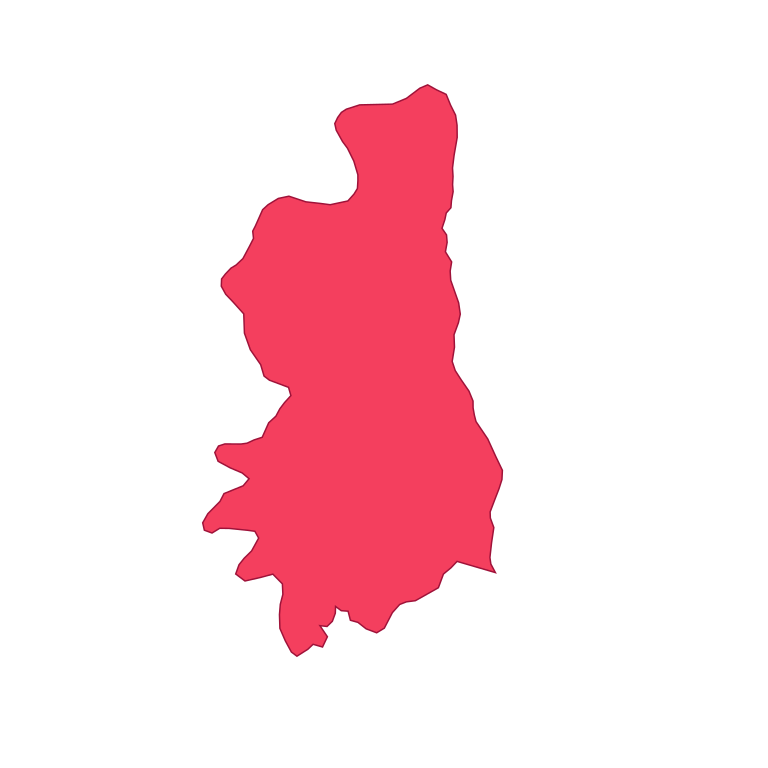 Foz do Jordão, Paraná, Brazil, rotated 125°
{"feature_id": "56859067B25360435846322", "entity_name": "Foz do Jordão", "entity_type": "district", "adm_level": 2, "iso_a3": "BRA", "parent_name": "Brazil", "parent_adm1": "Paraná", "projection": "robinson", "projection_center": [-52.087, -25.692], "detail": "fine", "context": "isolated", "style": "filled", "palette": "rose", "viewbox_px": 768, "rotation_deg": 125, "n_neighbors": 0, "source": "geoboundaries", "source_scale": "gbopen_adm2", "svg_char_len": 2103}
<svg xmlns="http://www.w3.org/2000/svg" viewBox="0 0 768 768"><g transform="rotate(125 384 384)"><path d="M111.1,499.2L112.9,509.8L113.9,519.8L121.1,524.3L137.2,529.5L149.9,537.6L169.3,564.0L180.5,572.5L186.0,574.7L192.3,574.8L198.9,573.7L203.5,568.7L209.2,557.0L211.8,549.2L218.7,536.6L227.6,525.4L232.4,522.0L239.1,517.9L245.6,517.5L254.8,518.6L268.0,530.9L272.5,539.5L279.6,552.5L284.7,569.6L292.6,577.0L303.6,581.8L310.8,583.4L328.3,580.0L334.1,579.2L339.6,574.4L348.1,573.2L362.2,571.5L371.4,573.4L376.8,575.8L384.8,577.0L391.1,577.3L397.2,573.4L401.3,565.1L403.3,555.1L407.0,539.1L422.4,527.5L432.6,513.1L438.9,496.1L446.3,486.8L446.6,480.0L441.5,460.3L446.9,453.6L456.2,454.8L464.1,455.1L472.3,454.1L481.9,456.2L497.5,453.2L504.4,458.4L511.0,462.2L515.2,466.7L524.4,480.0L529.7,484.0L537.2,483.3L542.5,475.5L540.9,461.9L538.2,449.1L539.0,440.2L548.2,441.0L565.5,452.2L574.2,451.0L591.3,453.9L601.7,452.9L606.8,447.3L604.7,439.4L596.4,435.8L591.1,428.0L582.1,411.9L578.7,405.3L582.1,398.3L596.7,396.7L607.0,398.6L615.2,399.1L624.7,396.5L625.1,384.9L613.3,374.2L603.5,366.0L606.0,352.6L614.3,346.2L623.9,342.6L632.8,337.4L643.9,329.1L651.0,317.5L656.7,306.1L656.9,299.2L644.9,294.2L637.9,292.8L634.7,283.5L623.5,285.4L618.7,297.9L615.3,291.6L608.0,290.2L599.7,292.4L594.0,296.1L594.2,289.0L590.7,283.1L596.8,276.0L594.2,268.6L594.8,258.2L592.0,247.3L583.8,243.7L566.5,246.0L555.6,244.7L549.6,240.7L543.5,234.0L519.7,222.6L505.6,226.3L496.1,223.7L487.4,222.4L474.6,184.6L470.2,193.2L465.4,197.7L452.4,204.8L438.6,211.7L432.8,220.0L427.9,223.7L415.3,226.9L403.9,229.7L394.6,232.6L386.8,237.5L379.1,251.2L369.5,267.5L362.0,287.1L357.7,292.1L352.5,297.3L346.9,301.3L341.1,310.3L336.3,323.2L332.2,333.3L326.4,341.1L313.4,347.4L303.5,354.9L291.1,358.2L283.0,361.6L274.7,369.4L260.7,388.9L253.5,394.6L245.2,398.6L240.5,409.5L231.8,413.5L226.0,418.3L223.2,425.8L214.5,428.4L208.2,431.1L201.2,430.3L195.1,433.9L186.8,437.7L181.3,442.2L174.4,446.5L167.7,451.8L156.6,457.7L145.5,462.9L140.0,465.5L130.1,472.6L122.7,479.6L117.4,489.4L111.1,499.2Z" fill="#f43f5e" stroke="#9f1239" stroke-width="1.5"/></g></svg>